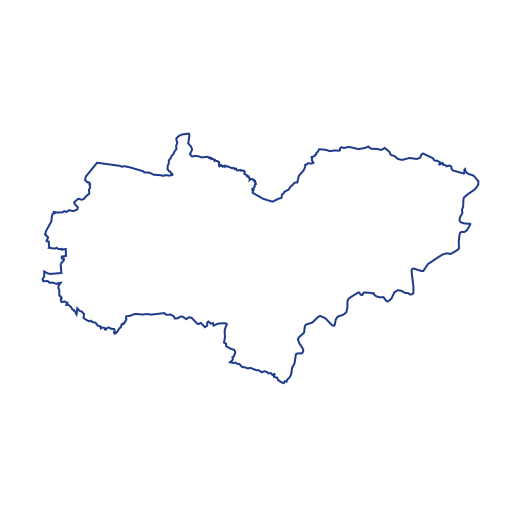 Ia Grai, Gia Lai, Vietnam, rotated 187°
{"feature_id": "81297802B6416238429405", "entity_name": "Ia Grai", "entity_type": "district", "adm_level": 2, "iso_a3": "VNM", "parent_name": "Vietnam", "parent_adm1": "Gia Lai", "projection": "albers", "projection_center": [107.729, 13.99], "detail": "fine", "context": "isolated", "style": "outline", "palette": "blue", "viewbox_px": 512, "rotation_deg": 187, "n_neighbors": 0, "source": "geoboundaries", "source_scale": "gbopen_adm2", "svg_char_len": 6099}
<svg xmlns="http://www.w3.org/2000/svg" viewBox="0 0 512 512"><g transform="rotate(187 256 256)"><path d="M210.4,135.0L210.0,136.9L207.6,140.0L206.7,142.7L206.5,149.7L204.7,154.1L204.4,163.3L203.0,164.4L198.8,164.9L198.0,165.8L197.5,167.3L197.8,169.2L202.3,174.5L204.3,178.4L203.7,180.3L199.0,185.7L198.9,192.5L197.8,194.2L192.0,196.8L186.5,203.6L184.7,204.3L179.5,202.6L171.9,196.4L170.1,196.3L169.4,197.4L169.1,202.7L167.5,205.8L162.0,208.5L159.5,211.2L159.0,216.4L159.7,221.5L159.3,224.1L157.7,226.1L150.0,232.3L149.3,232.4L147.4,230.4L146.4,230.0L145.6,230.4L144.9,232.4L143.9,233.0L137.0,233.4L135.9,232.9L134.7,233.5L133.4,231.5L130.9,230.4L127.6,230.1L124.5,230.7L121.1,227.2L120.2,226.9L119.1,227.3L116.4,230.2L114.3,236.7L111.1,239.3L107.4,239.2L103.7,237.5L100.4,237.7L98.1,236.5L96.5,237.0L95.5,237.9L95.3,238.8L96.0,244.6L99.9,260.5L99.2,262.4L98.1,262.8L90.2,261.3L88.1,261.5L84.5,268.8L73.9,277.9L70.4,280.6L67.4,281.8L65.6,282.0L63.9,281.6L62.0,282.4L56.1,287.1L55.5,288.4L56.5,294.9L56.6,301.7L56.2,303.9L54.9,305.0L52.0,305.3L50.0,307.0L47.2,313.1L47.3,314.0L53.3,313.7L56.9,314.4L58.3,316.0L58.4,317.4L58.0,319.9L56.4,323.7L57.2,327.0L56.4,330.3L57.0,337.3L56.7,339.5L52.9,343.5L47.4,348.3L45.8,350.5L44.1,353.9L44.4,357.3L49.0,361.6L50.6,362.5L54.5,363.2L57.2,364.4L58.2,365.3L59.1,367.8L59.7,367.1L59.4,364.3L59.8,363.2L71.0,364.9L72.6,366.4L72.9,368.3L74.9,369.4L77.7,368.2L78.8,369.1L81.4,369.4L81.5,370.5L82.6,371.1L84.6,369.2L85.2,369.2L84.9,371.4L87.8,372.7L89.6,372.3L91.3,373.2L92.2,374.6L102.8,378.1L104.4,376.4L104.9,373.6L108.3,371.9L115.7,372.0L122.5,369.2L127.0,369.6L130.8,372.1L133.8,372.6L135.5,373.9L136.1,375.5L141.3,378.9L144.7,376.5L148.8,377.0L154.2,376.5L155.9,377.0L157.7,378.3L161.3,376.4L167.3,374.6L175.5,375.5L178.4,375.3L181.8,373.9L184.5,374.4L185.8,373.0L185.6,371.1L186.1,370.7L190.9,370.3L195.9,369.0L197.7,369.6L201.3,369.9L206.4,369.6L207.2,367.2L208.6,365.7L208.5,364.4L209.8,363.3L209.9,362.4L213.0,360.8L212.1,359.2L212.3,357.8L210.5,355.9L210.4,355.3L212.4,354.5L215.8,354.4L216.6,353.2L218.3,352.5L218.0,350.7L219.2,346.7L223.3,340.7L224.0,334.0L226.4,333.6L230.5,328.5L231.6,326.0L235.6,323.2L236.3,321.5L237.6,320.3L237.8,316.8L240.4,315.7L246.4,311.9L256.0,313.7L267.0,318.3L266.8,320.3L267.5,320.6L267.1,321.4L267.5,321.8L266.6,321.9L267.1,322.8L265.7,324.6L266.1,325.1L265.7,326.9L264.9,327.3L265.1,328.4L266.1,328.9L266.1,330.4L266.9,330.3L267.4,331.3L268.0,331.0L269.0,331.9L270.5,331.8L271.6,330.6L271.6,332.1L272.6,332.8L273.0,334.1L274.5,333.9L274.4,334.7L277.7,336.3L277.3,338.1L278.7,339.3L280.4,339.0L281.6,339.5L281.9,339.0L282.4,339.3L285.1,338.6L286.5,340.3L287.6,339.6L288.9,340.8L289.6,340.3L291.3,340.4L294.7,341.4L296.3,341.3L297.5,342.0L298.0,340.7L299.5,341.3L300.0,340.7L300.6,341.5L301.6,341.9L301.5,341.2L302.6,341.4L303.3,340.6L303.8,341.2L304.0,344.5L304.8,344.6L305.7,345.5L307.3,345.5L308.3,346.2L308.9,345.5L309.6,346.8L311.2,347.2L312.1,346.7L312.4,347.7L313.2,347.5L313.9,348.2L314.5,347.6L316.0,348.6L322.2,347.2L325.4,348.0L328.1,348.0L331.6,347.0L334.0,348.9L332.4,353.8L333.7,356.6L337.0,359.5L336.8,367.2L337.5,369.3L338.0,369.2L344.2,367.6L347.0,365.9L349.4,363.1L349.0,360.9L347.9,359.3L348.7,355.1L348.0,352.5L349.7,349.7L350.3,347.3L352.2,344.7L352.6,342.6L354.1,340.4L353.9,336.8L354.6,335.3L354.5,331.7L352.6,329.4L351.2,329.1L350.3,327.6L349.7,327.7L348.8,326.5L349.3,326.1L351.6,325.2L355.3,325.3L358.0,324.2L360.1,324.6L367.4,324.2L371.9,325.7L377.2,325.4L378.0,326.3L391.7,328.6L397.4,329.1L400.1,328.3L402.3,328.9L425.1,329.2L434.6,314.1L434.9,310.6L432.2,308.5L430.7,308.8L429.4,307.2L430.0,306.8L429.0,304.0L429.9,301.1L429.2,298.5L429.3,297.1L430.9,295.9L434.1,291.4L436.0,290.6L439.4,291.2L443.1,287.1L442.0,285.2L438.7,282.6L439.1,280.4L442.9,278.2L447.0,278.7L449.6,276.6L451.8,277.2L453.1,275.9L458.4,274.9L461.7,275.1L461.1,273.9L462.9,273.3L463.4,270.5L463.4,265.3L467.6,254.8L467.9,251.8L467.4,251.9L466.7,250.5L465.4,250.0L464.6,249.0L465.8,245.5L465.2,245.0L463.4,245.1L462.7,240.7L462.2,240.0L462.6,238.9L457.1,238.8L455.8,239.1L455.1,239.9L452.6,238.7L449.8,239.4L449.5,238.6L445.7,239.8L444.6,232.9L448.8,231.8L448.4,229.8L446.5,230.1L446.1,228.4L448.3,225.4L448.8,223.6L447.1,215.4L458.1,213.1L460.5,213.4L464.3,214.8L463.7,210.2L465.0,206.7L464.0,205.0L460.1,205.7L459.0,205.4L457.8,204.3L454.7,204.8L450.2,204.0L448.6,205.2L446.6,205.6L448.5,201.9L448.1,199.8L447.3,199.0L446.3,192.6L444.8,192.0L443.9,191.0L443.8,190.0L444.6,189.7L443.8,186.9L442.1,186.8L440.6,187.6L437.4,186.5L438.3,184.4L436.3,184.6L433.5,182.9L431.7,180.5L430.3,180.2L429.7,179.1L427.7,178.3L427.8,177.1L427.0,176.2L427.0,182.3L424.3,180.0L421.9,179.5L419.5,177.2L419.7,173.6L417.9,172.5L413.8,170.8L411.9,171.7L410.4,170.5L407.2,170.3L404.5,167.5L402.0,167.3L401.2,165.3L400.4,166.2L397.8,166.2L397.2,165.9L396.9,164.7L396.2,164.5L395.1,166.2L393.6,167.1L392.3,166.9L391.3,166.1L387.9,166.2L387.0,163.9L387.6,162.9L387.0,161.7L385.9,162.1L384.4,164.1L383.1,167.0L381.1,169.5L381.3,171.1L380.3,172.5L379.8,172.8L379.3,172.3L378.7,173.0L376.9,177.1L377.6,178.7L377.4,180.3L373.4,181.4L370.6,183.1L367.8,183.9L361.8,184.0L357.9,185.0L352.6,185.1L339.9,188.2L338.8,187.1L337.0,186.8L333.4,187.5L330.5,186.2L328.8,184.0L326.0,184.7L324.4,186.2L322.9,186.8L321.3,186.8L317.5,184.8L315.2,186.9L314.1,187.0L312.4,186.8L306.0,181.6L304.6,181.5L303.0,182.8L302.4,182.7L298.0,179.1L295.9,181.0L296.3,184.0L295.2,185.2L292.5,183.3L290.4,184.1L289.6,181.7L285.5,184.2L280.9,185.2L277.3,185.4L276.6,184.7L277.8,180.6L278.0,177.8L276.9,171.6L277.2,166.2L275.0,165.3L274.6,162.8L269.7,160.8L266.2,160.2L264.9,158.1L264.8,156.6L265.5,155.7L265.5,154.0L267.1,152.6L266.3,151.1L266.8,149.5L268.8,147.5L265.5,147.0L263.4,147.7L261.5,146.7L259.5,146.9L256.1,144.0L254.3,144.3L250.3,143.4L248.0,144.3L241.5,142.6L239.6,143.0L236.1,141.3L233.8,142.6L232.8,142.6L230.6,142.0L229.3,141.0L227.0,141.6L225.3,140.0L223.5,141.1L223.1,140.8L223.7,139.1L223.5,138.2L220.2,137.8L218.6,135.1L217.5,135.1L216.8,134.3L213.3,133.1L212.7,133.6L212.4,135.1L211.2,135.4L210.4,135.0Z" fill="none" stroke="#1e3a8a" stroke-width="2"/></g></svg>